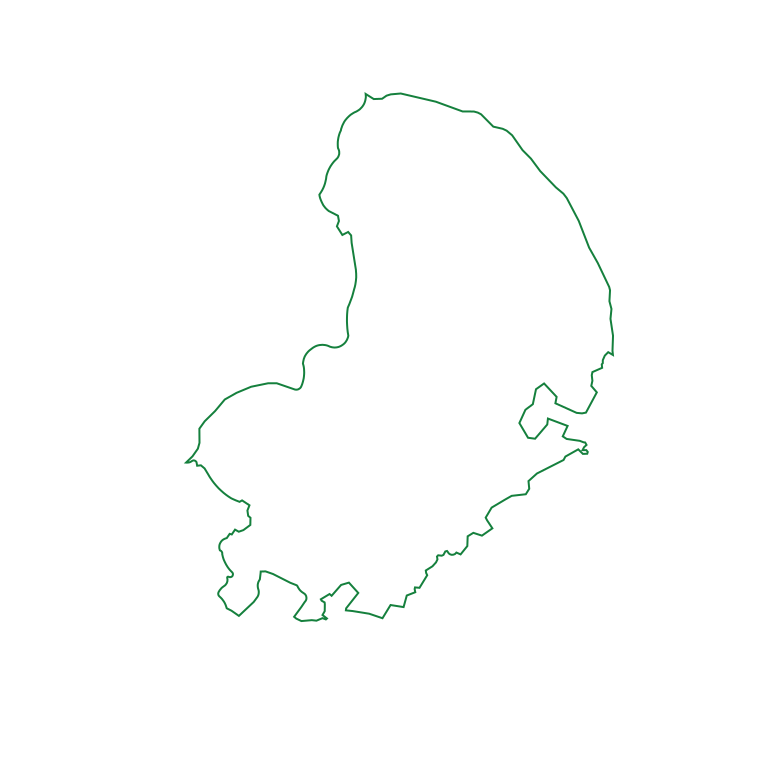 Ain Al Arab, Aleppo, Syria, rotated 40°
{"feature_id": "27442178B6640625460328", "entity_name": "Ain Al Arab", "entity_type": "district", "adm_level": 2, "iso_a3": "SYR", "parent_name": "Syria", "parent_adm1": "Aleppo", "projection": "mercator", "projection_center": [38.284, 36.533], "detail": "fine", "context": "isolated", "style": "outline", "palette": "green", "viewbox_px": 768, "rotation_deg": 40, "n_neighbors": 0, "source": "geoboundaries", "source_scale": "gbopen_adm2", "svg_char_len": 6165}
<svg xmlns="http://www.w3.org/2000/svg" viewBox="0 0 768 768"><g transform="rotate(40 384 384)"><path d="M282.9,571.4L283.6,570.9L284.2,570.3L284.7,569.8L285.3,569.1L285.7,568.4L286.0,567.7L286.6,565.9L287.0,565.2L287.4,564.8L287.9,564.5L288.4,564.3L289.0,564.2L289.8,564.2L290.6,564.4L293.4,566.7L296.0,564.0L300.8,564.0L307.6,566.3L309.8,567.1L311.8,567.7L314.7,568.5L317.3,569.1L320.7,569.7L324.4,570.2L327.7,570.4L331.1,570.5L334.2,570.4L336.9,570.2L340.2,569.8L341.5,569.5L345.3,568.4L349.1,567.1L350.1,564.4L358.9,563.4L360.7,568.7L364.7,572.3L367.7,572.3L372.2,577.9L370.2,586.3L367.7,590.5L363.5,591.3L364.1,597.1L362.1,598.0L362.6,603.0L361.5,604.9L361.1,605.8L360.7,607.0L360.5,608.3L360.5,609.5L360.7,610.8L361.0,612.0L361.5,613.2L362.1,614.1L362.8,615.0L363.6,615.8L364.6,616.5L365.2,616.9L365.9,616.7L366.7,616.6L367.4,616.8L368.1,617.0L368.8,617.5L369.1,617.9L369.4,618.3L371.8,620.1L374.0,621.5L376.5,622.7L379.1,623.8L381.8,624.7L383.4,625.1L385.3,625.5L387.0,625.7L389.1,625.9L389.8,626.2L390.4,626.6L390.9,627.3L391.2,628.1L391.3,628.4L391.3,628.9L391.2,629.4L391.1,629.8L390.7,630.4L390.2,631.0L389.6,631.3L388.8,631.6L388.5,631.8L388.2,632.1L388.1,632.6L388.2,632.9L388.4,633.2L389.7,634.3L390.2,634.9L390.6,635.5L391.0,636.1L391.2,636.8L391.5,637.4L391.6,638.2L391.7,639.2L391.7,640.3L391.5,641.1L391.2,642.3L390.9,643.5L390.7,644.8L390.7,646.1L390.7,647.5L390.9,648.8L391.1,649.9L391.4,650.6L391.7,651.1L392.2,651.6L392.7,652.0L393.3,652.3L394.2,652.5L396.2,652.6L398.0,652.8L399.7,653.2L401.3,653.6L402.9,654.2L404.6,655.0L406.1,655.9L407.7,656.9L412.9,655.7L421.9,654.9L424.3,634.7L423.9,628.4L423.6,627.0L423.0,625.6L422.3,624.5L421.4,623.4L420.5,622.6L419.0,621.6L418.1,620.9L417.1,619.9L416.3,618.9L415.6,617.7L415.0,616.3L414.7,614.9L414.5,613.5L411.1,608.3L410.1,606.9L413.7,603.7L421.1,600.9L440.0,596.5L446.6,594.3L447.7,594.5L449.0,595.1L450.3,595.5L451.3,595.8L452.4,596.0L453.6,596.1L454.8,596.1L457.8,595.8L458.4,595.8L459.2,595.9L460.0,596.2L460.7,596.5L461.3,597.0L461.9,597.5L462.4,598.1L462.8,598.7L463.1,599.4L463.3,600.1L463.4,601.1L463.4,602.1L464.0,607.7L464.8,620.1L467.6,620.1L473.1,618.7L480.5,611.3L484.4,608.7L487.4,602.9L490.8,601.7L491.0,600.3L485.4,600.5L484.6,596.1L480.2,590.7L478.9,589.5L475.5,590.1L474.0,589.5L477.3,579.9L480.0,579.9L480.3,565.5L484.8,558.7L498.6,560.6L499.2,580.2L500.3,581.9L505.9,578.1L520.3,569.5L533.4,564.4L531.1,549.1L542.4,542.3L537.4,531.4L541.8,523.4L539.3,521.4L538.5,519.9L542.2,517.3L540.0,502.7L537.8,501.7L535.9,500.0L538.3,492.5L538.5,487.2L537.7,484.0L535.5,482.1L535.6,480.4L538.6,478.4L539.4,476.7L538.6,472.9L539.6,471.4L541.1,471.7L541.9,472.0L542.8,472.1L543.4,472.1L544.0,472.0L545.1,471.6L545.7,471.3L546.3,470.7L546.8,470.2L547.2,469.5L547.6,468.8L547.7,468.1L547.8,467.4L547.8,466.6L552.2,465.3L552.0,454.6L546.0,446.9L548.1,440.6L556.5,437.2L559.8,424.9L550.7,422.2L547.8,421.0L545.9,409.5L551.1,394.6L553.7,387.6L563.5,377.3L562.6,370.9L557.1,365.5L558.7,354.2L570.4,326.8L569.6,323.0L574.8,309.2L581.3,309.7L584.5,306.8L583.8,305.1L581.5,304.6L578.6,307.0L577.9,303.8L578.3,300.5L575.7,299.5L574.3,300.4L570.5,301.7L559.2,308.7L554.6,309.2L551.6,298.1L531.8,305.1L535.1,310.1L534.9,328.8L528.9,332.6L512.8,326.9L508.9,312.8L511.0,303.8L503.8,290.3L506.3,280.7L524.5,282.9L527.7,288.6L550.1,282.3L554.6,279.2L557.1,276.1L552.4,253.6L544.0,252.2L541.6,247.6L537.5,243.7L536.0,240.9L540.7,231.4L538.2,229.0L538.2,227.4L536.3,225.1L534.9,220.3L535.3,215.5L540.7,214.6L537.7,211.7L528.4,199.8L515.6,188.5L510.0,180.3L503.5,175.7L496.9,166.9L494.1,164.9L470.0,153.9L453.5,147.7L428.4,133.9L404.5,124.1L399.1,122.9L389.3,122.9L366.8,120.5L351.7,116.9L339.8,115.8L322.3,111.1L315.1,111.1L310.9,112.2L302.3,116.6L285.0,115.0L281.4,115.8L277.7,117.5L269.0,124.7L242.3,134.4L210.1,150.7L203.0,157.8L200.6,161.5L199.2,166.7L193.0,172.3L183.5,173.6L184.7,174.8L185.7,175.9L186.5,177.2L187.4,178.8L188.0,180.2L188.6,181.9L188.9,183.4L189.1,185.2L189.1,186.5L189.0,187.8L188.9,189.1L188.6,190.3L188.3,191.3L187.9,192.5L187.4,193.7L186.8,194.8L186.1,196.8L185.4,199.1L185.2,200.3L185.0,201.7L184.8,204.1L184.8,205.3L184.8,206.7L184.9,207.9L185.1,209.3L185.4,210.4L185.7,211.8L186.1,213.2L186.7,214.7L187.2,216.1L188.0,217.5L188.6,219.8L189.5,222.1L190.6,224.4L191.9,226.6L192.8,228.0L193.9,229.4L195.1,230.8L196.2,232.0L197.2,232.9L198.1,233.3L199.0,233.8L199.9,234.4L200.6,235.1L201.1,235.7L201.7,236.4L202.1,237.1L202.4,237.9L202.7,238.7L202.9,239.4L203.0,240.2L203.1,241.0L203.0,241.9L202.9,243.2L202.7,245.3L202.7,247.1L202.8,249.0L203.1,251.8L203.7,254.7L204.1,256.2L204.6,257.7L205.1,259.1L205.7,260.6L206.4,262.0L207.7,264.0L208.9,266.3L209.9,268.3L210.8,270.6L211.5,272.8L212.1,275.4L212.5,278.0L212.8,280.5L214.2,281.7L215.8,282.8L217.4,283.7L219.2,284.6L221.0,285.4L222.7,286.1L225.0,286.6L225.9,286.8L228.4,287.0L230.5,287.0L240.6,284.7L244.7,288.1L246.6,293.5L256.3,296.6L258.8,290.6L263.3,291.3L268.5,296.7L289.1,314.6L290.4,316.0L291.7,317.3L293.0,318.8L294.2,320.2L296.2,323.1L298.1,326.2L299.3,328.5L300.3,330.8L301.9,334.2L303.5,337.7L304.8,341.4L306.1,345.1L307.2,348.8L309.0,351.6L311.0,354.4L313.1,357.1L315.5,360.0L317.8,362.5L320.3,365.1L322.8,367.5L325.6,369.9L326.1,370.8L326.5,371.7L326.8,372.6L327.2,373.8L327.4,375.0L327.6,376.5L327.6,378.0L327.4,379.5L327.1,380.7L326.7,382.1L326.1,383.5L325.4,384.8L324.5,386.0L323.7,386.9L322.6,387.9L321.6,388.6L320.5,389.3L319.4,389.8L318.5,390.2L317.3,390.5L316.1,390.9L315.0,391.4L313.9,392.0L312.9,392.7L311.7,393.5L310.7,394.5L309.7,395.5L308.8,396.6L308.0,397.8L307.3,399.1L306.7,400.6L306.3,401.8L306.0,403.0L305.7,404.4L305.3,406.2L305.1,407.9L305.1,409.1L305.1,410.3L305.2,411.5L305.4,412.7L305.6,413.9L306.0,415.0L306.4,416.2L306.9,417.2L307.8,418.9L308.8,420.5L310.3,421.5L311.7,422.6L313.1,423.9L314.3,425.2L315.4,426.4L316.5,427.8L317.7,429.5L318.8,431.2L319.8,433.1L320.7,435.0L321.5,436.9L322.2,439.1L322.4,440.0L322.4,441.0L322.2,441.8L321.9,442.8L321.5,443.6L320.9,444.3L320.1,445.0L319.3,445.5L301.3,452.4L294.7,458.0L284.0,471.5L276.7,485.6L272.0,498.2L272.0,513.4L270.6,527.8L271.3,536.9L280.5,547.7L283.0,553.2L283.8,562.5L282.9,571.4Z" fill="none" stroke="#15803d" stroke-width="2"/></g></svg>